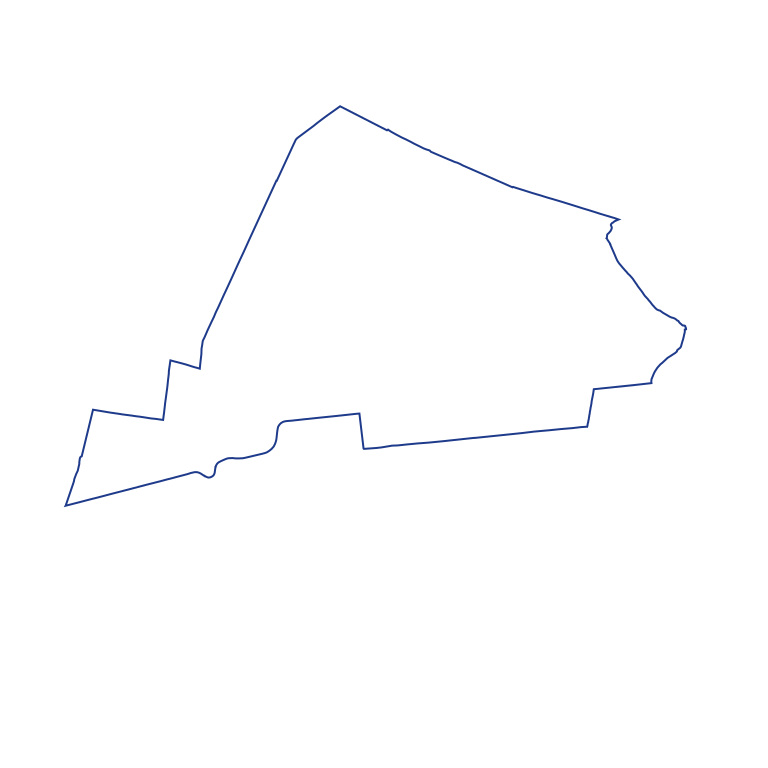 Priseaca, Olt, Romania, rotated 27°
{"feature_id": "2599482B1273612422996", "entity_name": "Priseaca", "entity_type": "district", "adm_level": 2, "iso_a3": "ROU", "parent_name": "Romania", "parent_adm1": "Olt", "projection": "albers", "projection_center": [24.461, 44.502], "detail": "fine", "context": "isolated", "style": "outline", "palette": "blue", "viewbox_px": 768, "rotation_deg": 27, "n_neighbors": 0, "source": "geoboundaries", "source_scale": "gbopen_adm2", "svg_char_len": 6105}
<svg xmlns="http://www.w3.org/2000/svg" viewBox="0 0 768 768"><g transform="rotate(27 384 384)"><path d="M136.4,539.0L147.5,585.7L147.2,586.0L146.9,586.4L146.7,586.9L146.7,587.7L146.8,588.5L147.4,590.2L148.0,592.0L148.7,593.3L149.0,594.3L149.4,596.0L149.9,597.9L150.3,599.5L150.5,600.2L150.6,603.8L150.9,606.4L151.2,609.2L151.9,611.5L152.3,614.0L155.6,636.9L155.6,637.0L167.5,626.5L169.3,624.9L175.5,619.4L180.0,615.5L184.5,611.5L191.3,605.4L196.4,600.9L205.9,592.5L218.0,581.7L229.3,571.8L233.7,567.8L235.8,566.0L238.3,563.8L240.6,561.7L245.2,557.6L249.8,553.5L252.5,550.8L253.4,550.1L254.2,549.4L254.8,548.9L255.2,548.6L255.9,548.2L256.7,547.8L257.6,547.4L258.5,547.2L259.7,547.0L260.8,547.0L261.5,547.0L263.2,547.2L265.0,547.4L266.0,547.5L266.0,547.3L267.0,547.4L268.1,547.4L268.8,547.3L269.4,547.2L270.0,547.1L270.5,546.8L270.9,546.5L271.5,546.1L272.1,545.5L272.2,545.2L272.3,545.1L272.7,544.6L273.2,543.8L273.3,543.3L273.5,542.9L273.6,542.5L273.6,542.1L273.6,541.4L273.6,541.0L273.5,540.3L273.3,539.6L272.6,537.6L272.0,535.8L271.8,535.4L271.7,534.9L271.6,534.6L271.5,533.9L271.4,533.9L271.4,533.7L271.5,533.7L271.4,533.4L271.4,532.6L271.4,532.0L271.4,531.6L271.5,531.1L271.7,530.2L271.9,529.6L272.2,529.0L272.6,528.3L273.0,527.8L273.7,526.8L274.9,525.3L276.7,523.1L277.5,522.2L278.3,521.4L278.8,521.0L279.2,520.7L279.9,520.3L282.6,518.8L283.6,518.4L284.3,518.1L285.2,517.8L286.5,517.2L289.0,515.9L289.5,515.6L290.7,514.9L291.2,514.7L291.9,514.2L292.9,513.5L294.0,512.6L298.4,508.9L299.8,507.7L301.1,506.6L307.0,501.6L308.9,499.9L310.0,498.8L310.9,497.7L311.7,496.3L312.4,495.0L312.9,493.8L313.4,492.7L313.6,491.7L313.9,490.7L314.1,489.7L314.1,488.7L314.1,487.7L314.1,486.9L314.0,486.0L313.8,484.8L313.7,484.0L313.6,483.7L313.4,482.8L312.8,481.0L312.0,478.9L310.6,475.2L310.0,473.5L309.6,472.1L309.4,471.6L309.3,470.9L309.1,470.2L309.1,469.6L309.2,468.9L309.2,468.4L309.3,467.8L309.5,467.0L309.8,466.1L309.9,465.7L310.6,464.6L311.0,463.9L311.4,463.5L311.7,463.1L312.1,462.8L312.6,462.3L313.1,461.9L314.6,460.9L318.5,458.5L324.6,454.5L329.3,451.4L332.3,449.5L339.5,444.8L356.4,433.9L372.9,423.1L375.5,421.5L376.1,422.4L395.1,450.8L395.3,450.9L395.6,450.9L406.2,444.5L410.6,441.6L418.2,436.0L418.8,435.5L421.2,434.1L422.9,433.2L424.9,432.0L432.1,427.3L435.9,424.9L440.9,421.7L441.1,421.6L450.8,415.7L463.3,407.7L488.9,391.0L489.1,391.0L502.9,382.1L529.5,364.9L539.0,358.5L546.3,353.9L551.9,350.4L562.0,343.9L572.0,337.7L578.9,333.1L584.1,330.0L584.4,329.9L584.3,329.2L583.8,327.6L583.4,326.3L583.3,325.4L582.7,323.7L582.5,322.7L582.0,321.2L581.6,319.9L581.1,318.5L580.8,317.3L580.0,315.1L579.5,313.3L579.1,312.1L578.8,311.2L578.4,309.6L577.5,306.7L576.9,305.2L576.3,303.1L575.5,300.2L575.1,298.9L574.9,298.1L574.3,296.3L573.3,293.4L608.4,270.7L621.9,261.8L620.9,260.2L620.2,258.3L619.7,252.1L619.7,249.7L620.2,245.3L621.4,240.8L622.3,238.9L624.8,232.0L629.3,224.3L630.2,222.1L629.9,220.8L630.6,219.1L630.9,218.5L631.5,217.1L631.6,215.8L631.1,213.4L630.7,211.3L630.5,210.5L630.4,209.5L630.1,207.9L629.8,206.8L629.6,205.8L629.3,204.8L629.0,203.7L628.8,202.7L628.5,201.5L628.2,200.7L627.3,198.9L628.3,198.1L628.1,197.7L627.6,197.1L627.0,196.5L626.3,196.1L626.0,195.6L625.2,195.6L624.4,195.8L623.9,196.2L622.7,196.1L621.9,195.8L620.9,195.6L620.2,195.4L619.2,195.1L618.4,194.6L617.7,194.2L616.5,194.3L615.5,194.0L614.4,193.8L613.7,193.7L613.0,193.7L611.2,193.9L610.1,194.2L609.0,194.3L607.9,194.3L607.1,194.3L606.1,194.2L602.3,194.0L600.2,193.9L599.1,193.7L597.3,193.4L596.5,193.3L595.4,193.6L593.9,193.7L593.3,193.7L592.7,193.6L592.2,193.4L591.5,193.2L590.5,192.9L588.9,192.2L587.9,191.9L585.9,191.0L583.9,190.0L581.8,189.2L580.0,188.3L579.2,188.1L578.5,187.8L577.9,187.6L577.4,187.4L577.1,187.3L576.5,187.1L575.9,186.8L574.8,186.2L574.2,185.9L573.6,185.5L570.9,184.1L569.6,183.5L566.5,182.0L565.7,181.6L563.9,180.5L562.6,179.9L561.8,179.4L560.8,178.9L559.9,178.4L558.3,177.5L557.7,177.2L557.0,176.9L553.4,175.5L551.4,175.0L549.4,174.1L547.2,173.3L545.0,172.4L544.6,172.3L540.7,170.6L539.4,170.1L538.6,169.7L536.9,168.8L536.6,168.6L536.1,168.3L535.0,167.5L533.5,166.3L532.2,165.2L530.3,163.6L528.0,161.7L523.1,157.7L522.1,156.9L522.2,156.7L521.8,156.4L521.0,155.9L519.6,155.1L518.5,154.5L517.9,154.2L517.5,153.9L517.1,153.6L516.7,153.3L516.4,153.1L516.1,153.1L516.1,152.4L515.9,151.7L515.6,150.9L515.2,150.1L515.1,149.4L515.2,148.7L515.6,148.0L515.8,147.3L516.0,146.5L516.2,145.7L516.4,144.8L516.4,144.3L516.4,143.0L516.2,141.9L515.8,140.9L514.9,140.2L514.0,139.4L513.8,138.9L513.8,138.4L514.1,137.1L514.6,136.5L515.1,135.4L515.4,134.6L516.0,133.8L517.2,132.3L518.4,130.9L516.2,131.2L513.4,131.6L510.9,132.1L499.3,134.2L493.1,135.2L487.2,136.2L482.4,137.1L476.9,138.0L470.4,139.1L465.2,140.0L459.9,140.9L450.1,142.7L446.1,143.5L441.6,144.3L437.9,144.9L436.9,145.1L433.2,145.8L428.2,146.7L422.1,147.7L417.9,148.4L413.3,149.2L409.5,149.8L409.2,150.4L354.7,153.5L352.0,153.4L348.6,153.6L346.6,154.0L345.6,154.1L336.1,154.8L330.0,155.2L325.4,155.5L320.3,155.8L318.7,155.2L315.1,155.8L312.1,156.1L308.0,156.1L301.8,156.2L298.4,156.1L292.9,156.1L287.9,156.3L281.7,156.2L276.1,156.0L274.0,155.8L272.1,155.5L271.5,156.6L218.8,156.5L211.7,170.1L209.2,175.1L206.1,181.5L204.0,186.2L198.7,196.9L195.1,204.2L194.5,206.3L194.7,213.5L194.9,218.1L196.2,251.6L195.8,251.7L198.4,316.8L199.0,329.6L199.3,338.9L199.5,344.0L199.8,350.3L200.2,359.0L200.6,369.0L200.9,378.0L201.5,391.1L201.6,396.5L202.0,401.5L202.1,406.8L202.4,415.9L202.9,423.8L202.9,426.2L203.0,428.0L204.3,431.8L205.4,435.4L206.6,437.9L207.8,440.5L209.1,444.0L210.4,447.5L211.5,450.4L212.9,454.0L210.5,454.4L207.8,455.0L205.6,455.4L203.9,455.7L201.2,456.1L198.4,456.6L196.4,457.0L190.3,458.3L187.3,459.0L183.0,459.9L183.4,461.2L184.2,463.5L184.7,465.0L185.5,467.4L185.8,468.3L186.4,470.0L187.1,471.5L187.8,473.1L188.9,476.1L190.2,479.6L191.6,483.2L192.9,486.7L194.0,489.9L196.4,496.7L197.7,500.5L198.7,503.1L201.3,510.1L202.3,513.0L203.5,516.3L200.9,517.2L196.5,518.7L191.9,520.5L185.4,522.6L181.5,523.9L178.0,525.2L174.1,526.5L163.7,530.2L162.6,530.5L160.8,531.1L158.2,532.0L152.9,533.8L136.4,539.0Z" fill="none" stroke="#1e3a8a" stroke-width="2"/></g></svg>